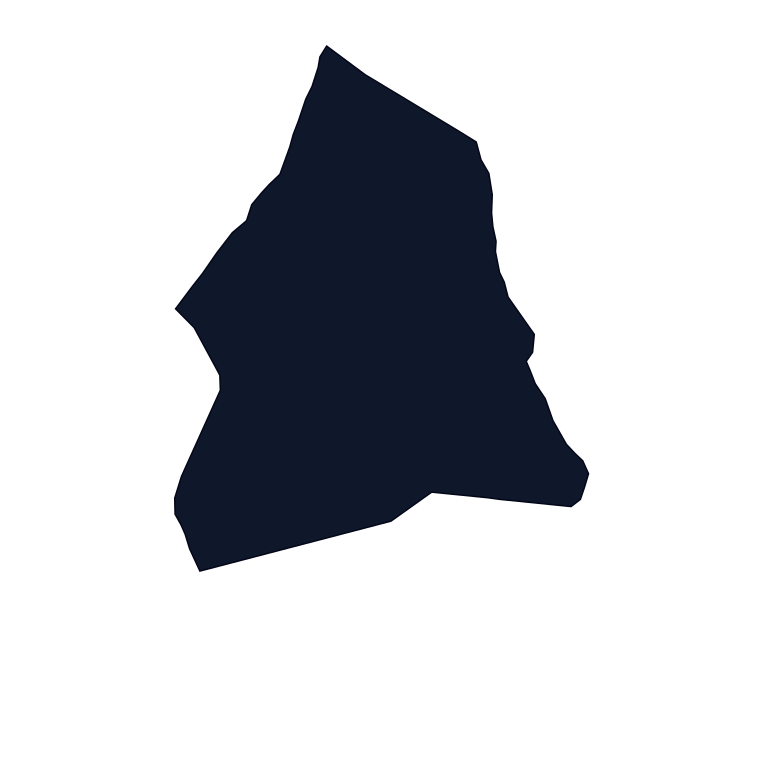 Marcolândia, Piauí, Brazil (orthographic projection), rotated 122°
{"feature_id": "56859067B6575559229154", "entity_name": "Marcolândia", "entity_type": "district", "adm_level": 2, "iso_a3": "BRA", "parent_name": "Brazil", "parent_adm1": "Piauí", "projection": "orthographic", "projection_center": [-40.748, -7.416], "detail": "fine", "context": "isolated", "style": "filled", "palette": "ink", "viewbox_px": 768, "rotation_deg": 122, "n_neighbors": 0, "source": "geoboundaries", "source_scale": "gbopen_adm2", "svg_char_len": 903}
<svg xmlns="http://www.w3.org/2000/svg" viewBox="0 0 768 768"><g transform="rotate(122 384 384)"><path d="M388.8,160.4L377.8,156.3L365.2,159.3L351.7,163.0L343.8,174.8L341.7,185.2L338.5,197.3L325.6,221.2L311.0,239.5L303.6,255.9L295.3,267.0L289.4,275.4L278.4,274.8L262.3,282.8L244.5,324.9L233.9,336.0L228.2,345.1L212.6,359.7L203.6,364.6L192.8,375.1L181.8,383.5L166.1,392.5L149.8,406.7L142.5,420.5L129.9,434.0L129.9,445.7L130.1,464.2L131.7,563.9L127.8,611.7L140.5,611.7L150.4,607.6L169.8,602.7L183.9,601.3L206.5,595.9L220.5,593.2L232.9,589.5L261.3,583.4L275.9,587.1L286.7,589.1L302.0,591.2L318.3,587.1L336.0,592.8L361.5,595.3L386.7,596.5L402.4,598.2L430.7,600.6L436.8,574.8L463.5,527.9L476.0,519.5L569.7,506.8L591.7,501.0L605.1,492.2L611.0,481.5L616.7,473.1L626.7,461.6L640.2,441.0L496.6,305.4L450.5,286.3L425.3,235.4L420.6,224.9L388.8,160.4Z" fill="#0f172a" stroke="#020617" stroke-width="1.5"/></g></svg>